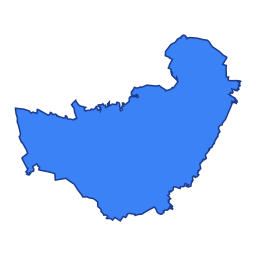 Villa Corzo, Chiapas, Mexico
{"feature_id": "50627088B92605446489911", "entity_name": "Villa Corzo", "entity_type": "district", "adm_level": 2, "iso_a3": "MEX", "parent_name": "Mexico", "parent_adm1": "Chiapas", "projection": "mercator", "projection_center": [-93.016, 16.137], "detail": "fine", "context": "isolated", "style": "filled", "palette": "blue", "viewbox_px": 256, "rotation_deg": 0, "n_neighbors": 0, "source": "geoboundaries", "source_scale": "gbopen_adm2", "svg_char_len": 5846}
<svg xmlns="http://www.w3.org/2000/svg" viewBox="0 0 256 256"><path d="M170.9,44.5L165.6,51.4L165.3,55.7L169.5,57.4L169.5,58.0L172.4,59.4L169.6,64.4L168.9,67.0L168.3,68.0L170.7,69.1L172.1,72.8L171.1,72.2L171.8,74.9L172.2,75.5L176.3,79.5L176.7,77.4L177.5,79.4L176.8,80.1L178.0,81.6L173.4,88.0L172.4,87.5L170.6,89.3L165.5,90.8L165.5,89.9L161.0,87.0L159.3,85.6L158.9,85.5L156.2,86.1L147.0,85.1L141.3,87.4L140.6,86.9L138.7,87.7L136.8,88.1L134.4,87.3L133.8,88.8L131.4,92.0L131.4,95.0L134.7,95.7L136.7,94.4L138.4,96.4L137.7,97.6L136.3,96.9L136.4,95.9L135.9,95.8L135.5,96.6L130.4,96.7L129.3,97.9L129.2,101.4L125.5,104.4L124.1,104.2L123.8,103.1L122.4,103.1L122.9,105.4L123.5,105.9L122.0,106.2L121.8,106.7L121.7,108.0L122.3,109.0L122.4,109.8L120.5,110.8L120.0,109.7L120.4,108.2L120.2,107.6L119.8,107.3L119.7,104.1L118.9,102.9L117.2,102.2L116.5,102.8L116.5,104.6L112.1,104.1L110.2,105.4L109.9,105.2L109.0,105.8L109.3,102.0L108.6,102.7L108.4,103.2L107.7,103.7L107.9,106.5L105.6,107.4L105.6,105.2L104.0,105.6L102.9,103.8L101.9,104.6L98.2,105.0L98.3,105.7L98.9,106.7L100.0,106.8L99.8,107.7L100.7,107.8L100.6,108.4L101.0,109.5L100.4,111.0L100.3,110.5L99.4,110.2L99.3,109.9L98.1,110.1L98.4,109.7L97.8,109.8L97.6,109.0L96.8,108.0L96.7,107.2L97.1,106.5L96.3,106.5L95.4,107.7L95.4,108.1L93.3,109.8L92.0,109.0L91.2,109.0L90.3,110.4L88.8,110.2L86.2,110.6L85.8,111.0L85.1,110.4L84.5,110.5L84.4,110.0L84.5,108.5L85.7,107.4L80.0,105.9L78.5,104.8L76.0,101.2L75.7,100.3L72.6,103.4L72.0,105.0L71.7,104.6L71.5,104.9L74.1,108.4L74.6,112.1L76.8,118.2L75.6,118.5L75.6,118.9L74.2,119.1L73.9,119.8L73.4,119.8L69.8,119.0L67.6,119.0L67.3,118.7L67.0,116.9L65.9,115.7L65.3,116.2L65.3,117.9L63.8,118.0L59.9,116.9L57.8,115.9L56.7,116.0L56.6,114.8L55.7,114.2L52.4,114.4L51.8,113.1L50.8,112.4L50.3,112.5L50.2,113.6L49.8,113.9L49.7,114.4L48.1,115.1L38.2,109.6L37.3,109.5L36.9,113.3L33.0,112.1L31.0,113.1L29.2,110.9L23.9,109.2L15.4,108.2L16.1,113.8L17.4,118.1L17.2,121.9L18.3,124.7L20.4,133.2L20.2,135.8L19.2,136.4L19.9,138.8L21.6,142.5L22.3,142.5L26.6,150.2L27.6,153.4L22.5,157.4L21.9,158.2L27.2,168.4L28.0,168.3L27.1,170.4L25.9,171.9L27.7,173.0L26.7,174.3L29.1,175.0L30.4,173.5L29.5,172.8L33.6,171.0L33.8,169.1L32.6,166.6L36.8,163.9L38.3,166.4L39.7,167.0L38.8,169.2L39.1,170.0L48.5,171.8L54.4,173.4L54.9,174.1L55.3,180.1L66.0,178.3L66.7,179.1L74.4,184.3L77.7,189.7L82.0,195.3L82.7,196.9L87.1,196.9L89.1,197.8L93.1,198.5L95.5,200.0L97.6,201.9L97.8,206.0L98.1,206.8L99.0,207.4L100.9,209.4L101.2,210.2L101.0,211.5L102.8,213.2L103.8,215.2L104.1,215.3L105.3,214.7L107.3,215.8L107.3,216.3L107.7,216.4L107.7,216.7L106.4,218.3L107.0,218.7L108.3,218.5L110.6,218.5L112.6,220.1L114.9,217.4L120.3,220.9L123.2,216.5L125.6,217.5L126.7,216.2L126.6,215.2L127.2,214.9L127.4,214.0L129.4,213.4L135.0,214.3L135.0,215.4L138.8,214.4L141.4,214.2L142.5,213.8L145.9,211.5L154.3,207.0L155.9,209.0L157.4,212.5L159.1,213.6L161.0,214.3L162.2,213.9L162.8,213.1L163.9,212.6L164.0,211.9L163.5,211.0L164.1,210.9L164.8,210.1L167.3,210.2L167.9,209.9L168.1,209.2L168.9,209.1L169.1,208.7L168.7,208.3L169.1,208.0L172.5,209.2L172.7,208.5L172.4,208.0L170.0,206.3L170.4,206.1L172.0,206.5L172.4,206.4L172.4,206.1L168.4,202.4L168.4,202.0L169.1,201.6L169.0,200.7L168.5,200.4L167.6,200.7L170.6,198.8L169.5,198.1L169.5,197.0L167.7,195.5L168.7,194.9L169.5,194.0L169.3,193.5L169.7,192.5L169.0,191.9L170.1,191.0L171.1,191.6L171.8,190.7L172.6,190.6L173.1,189.7L173.4,187.4L173.8,186.9L175.3,186.9L180.1,188.5L180.6,186.7L183.8,186.6L184.5,185.6L185.1,183.6L188.4,184.8L185.9,186.1L188.3,187.0L190.9,186.1L191.2,183.5L192.6,180.9L192.2,180.8L193.0,180.2L192.7,179.5L192.6,176.8L193.8,175.9L194.5,176.8L195.4,177.4L195.8,176.9L197.1,176.7L198.8,174.8L198.0,174.4L197.5,173.1L198.1,172.6L197.9,171.9L198.8,170.9L198.3,170.5L199.8,169.7L200.7,168.6L199.8,163.9L200.1,163.3L200.9,163.1L201.9,161.2L202.6,161.2L203.0,159.5L203.4,159.2L203.9,159.8L204.6,159.8L205.7,158.5L206.2,158.5L206.3,158.0L205.5,156.1L205.6,154.2L206.9,153.2L209.6,149.6L208.9,149.3L209.4,148.3L211.7,147.5L212.5,146.2L212.8,144.6L214.2,143.7L214.1,143.1L214.6,142.6L214.5,141.9L214.9,140.9L215.9,139.4L215.9,138.8L216.6,138.4L216.7,137.3L217.8,136.8L218.1,134.2L218.5,133.3L219.8,131.9L219.6,131.8L219.2,130.0L218.4,128.3L218.7,127.2L219.6,125.9L220.7,125.2L222.0,124.9L222.3,124.6L222.4,123.0L223.5,121.9L224.0,120.9L225.3,119.7L232.0,103.9L231.6,103.3L232.0,103.3L232.1,102.2L232.5,102.2L232.3,101.7L232.8,102.0L232.9,101.7L233.4,101.6L233.5,101.9L233.0,102.3L233.4,102.2L233.1,102.6L233.4,102.5L233.4,102.9L233.7,102.0L234.0,102.0L233.9,102.3L234.2,102.5L234.3,103.1L234.3,102.6L234.6,102.7L234.2,101.9L234.5,101.8L233.9,101.6L234.2,101.4L235.2,102.0L235.0,102.4L235.4,102.3L235.3,102.6L235.8,102.9L235.7,102.6L236.3,103.1L236.5,102.8L235.9,101.7L237.0,102.1L237.1,101.0L236.5,100.0L235.8,99.9L235.6,99.1L234.9,99.2L235.1,98.2L233.7,97.3L232.0,96.6L231.6,95.9L230.7,95.8L230.4,95.3L228.9,94.4L230.2,93.9L230.5,93.4L230.6,92.6L231.9,93.3L232.8,92.9L233.0,91.8L232.3,91.1L232.4,90.3L232.0,89.3L232.6,89.7L232.7,90.0L233.1,89.4L234.2,89.5L235.0,89.8L234.9,90.3L235.2,90.5L235.7,90.3L237.1,90.8L237.5,90.3L237.3,89.8L238.0,90.0L238.8,89.3L238.2,88.7L238.4,88.5L238.1,88.4L238.4,88.1L238.3,87.5L238.6,87.0L239.7,86.2L239.5,85.9L240.0,85.4L239.7,85.2L239.6,84.2L239.1,85.1L238.9,85.1L239.1,84.6L238.2,85.2L239.3,84.2L239.4,83.6L239.8,83.4L240.0,82.9L239.6,81.8L238.5,82.7L238.9,81.9L238.2,81.7L238.5,81.5L239.1,81.8L239.2,81.4L240.1,81.6L240.6,81.3L240.0,80.9L236.9,80.6L229.9,80.7L228.2,80.0L228.0,79.6L228.6,77.0L226.3,77.0L226.1,67.6L226.3,65.5L222.7,64.4L226.8,57.8L226.6,57.1L223.0,55.0L219.6,51.7L212.8,47.0L211.8,46.0L208.7,41.3L207.2,40.2L202.5,39.5L197.5,38.2L189.5,37.5L187.0,38.7L186.2,37.6L186.7,37.4L184.8,35.4L183.8,35.1L182.5,35.4L180.9,37.0L180.9,37.8L180.0,37.8L177.5,39.1L175.3,42.2L170.9,44.5Z" fill="#3b82f6" stroke="#1e3a8a" stroke-width="1.5"/></svg>